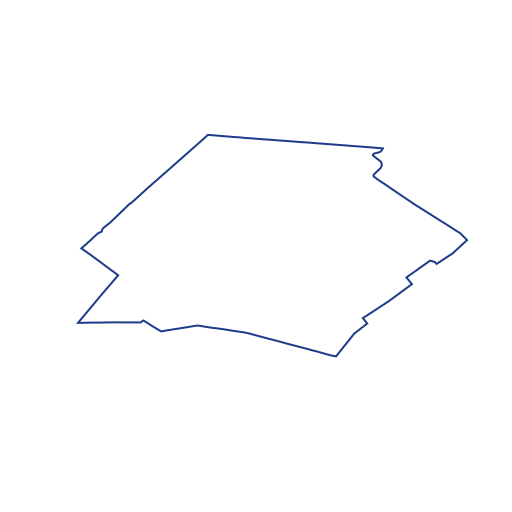 the district of Valcani, Timis, Romania, rotated 147°
{"feature_id": "2599482B41795627389430", "entity_name": "Valcani", "entity_type": "district", "adm_level": 2, "iso_a3": "ROU", "parent_name": "Romania", "parent_adm1": "Timis", "projection": "natural_earth1", "projection_center": [20.407, 46.006], "detail": "fine", "context": "isolated", "style": "outline", "palette": "blue", "viewbox_px": 512, "rotation_deg": 147, "n_neighbors": 0, "source": "geoboundaries", "source_scale": "gbopen_adm2", "svg_char_len": 2230}
<svg xmlns="http://www.w3.org/2000/svg" viewBox="0 0 512 512"><g transform="rotate(147 256 256)"><path d="M441.6,296.9L435.4,292.9L429.1,289.0L422.8,284.9L416.4,281.0L409.4,276.5L399.3,269.9L392.1,265.2L388.8,263.0L385.9,263.4L385.6,263.3L385.2,262.5L384.8,261.7L380.4,252.1L377.9,247.1L376.7,244.7L376.4,244.3L372.7,242.8L365.7,239.7L359.8,237.0L358.1,236.3L354.1,234.5L351.7,233.4L347.2,231.5L343.2,229.7L342.3,229.0L341.8,228.6L336.1,223.4L332.3,220.0L332.0,219.8L331.7,219.5L328.4,216.8L324.9,213.8L320.6,210.0L315.8,205.6L310.8,201.2L308.7,199.4L305.4,196.3L304.5,195.4L301.4,191.9L294.5,184.2L290.4,179.6L289.2,178.4L284.9,173.7L284.1,172.8L278.7,166.7L272.5,159.9L267.0,153.9L261.0,147.2L259.3,145.3L259.1,145.2L254.5,140.0L248.2,132.8L243.6,128.2L235.8,130.8L215.9,137.4L199.5,138.8L200.2,145.7L169.2,145.8L140.6,147.5L141.5,156.1L112.6,157.3L109.3,153.6L108.8,151.0L89.6,151.1L85.4,151.8L70.4,154.4L70.7,156.0L72.2,163.6L75.0,169.6L77.5,175.2L80.1,180.9L83.3,187.7L86.0,193.7L89.1,200.4L92.5,207.7L95.7,214.6L96.0,215.5L97.9,220.0L99.9,224.7L101.8,229.2L103.7,233.7L105.6,238.2L107.5,242.7L108.1,244.4L109.3,247.1L111.7,252.5L113.7,257.8L113.9,257.9L113.8,259.1L113.4,259.8L112.9,260.1L111.4,260.5L103.9,261.8L102.1,262.7L100.9,264.0L100.2,265.3L100.0,267.0L100.4,268.6L102.9,275.7L103.1,276.5L102.7,277.2L102.0,277.6L101.2,277.6L96.5,276.0L94.9,275.8L93.3,276.0L92.4,276.4L91.0,277.2L91.1,277.3L92.5,278.3L98.4,282.9L104.4,287.5L110.5,292.2L116.5,296.7L120.4,299.8L121.0,300.2L125.3,303.5L130.7,307.6L137.4,312.7L142.0,316.2L146.8,319.9L152.0,323.9L156.9,327.5L161.7,331.2L165.6,334.2L170.1,337.6L175.0,341.3L179.9,345.1L185.9,349.6L191.0,353.5L195.8,357.2L200.5,360.7L205.0,364.3L209.8,367.9L216.8,373.3L221.1,376.6L225.8,380.3L230.5,383.8L236.8,382.7L243.5,381.7L250.4,380.7L256.8,379.7L263.0,378.8L268.7,378.0L275.2,377.0L281.9,376.0L289.1,375.0L295.5,374.0L302.1,373.1L309.7,372.0L317.8,370.7L325.0,369.5L332.6,368.3L333.2,368.7L337.6,367.8L353.6,364.7L359.8,363.5L367.3,362.8L369.6,362.4L370.2,362.2L371.7,360.8L372.4,360.5L376.0,361.1L379.9,360.5L387.6,359.1L389.8,358.8L392.0,358.4L398.3,357.6L393.6,345.7L386.8,327.5L382.1,314.9L407.9,307.3L441.6,296.9Z" fill="none" stroke="#1e3a8a" stroke-width="2"/></g></svg>